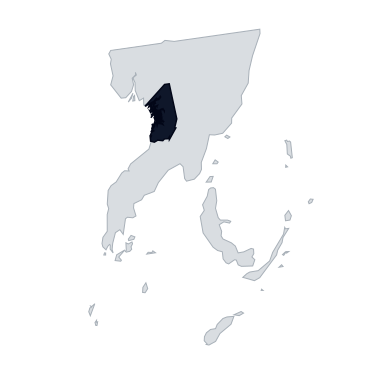 Kikori District, Gulf, Papua New Guinea (highlighted), rotated 82°
{"feature_id": "67681753B67388913989028", "entity_name": "Kikori District", "entity_type": "district", "adm_level": 2, "iso_a3": "PNG", "parent_name": "Papua New Guinea", "parent_adm1": "Gulf", "projection": "robinson", "projection_center": [144.53, -7.347], "detail": "fine", "context": "in_parent", "style": "filled", "palette": "ink", "viewbox_px": 384, "rotation_deg": 82, "n_neighbors": 0, "source": "geoboundaries", "source_scale": "gbopen_adm2", "svg_char_len": 9714}
<svg xmlns="http://www.w3.org/2000/svg" viewBox="0 0 384 384"><g transform="rotate(82 192 192)"><path d="M40.5,252.8L40.4,201.6L38.1,197.7L40.4,188.6L40.2,102.2L44.6,102.6L65.5,113.1L79.7,118.6L92.0,121.2L103.4,129.8L111.8,130.3L124.3,142.4L129.3,143.2L138.1,153.4L138.7,161.6L137.7,166.8L151.1,171.7L164.0,178.7L171.0,179.5L174.8,181.9L179.6,187.9L180.5,195.9L177.7,197.4L165.7,197.3L162.3,199.9L167.1,212.5L178.0,224.0L186.2,229.3L188.6,239.7L192.7,243.0L195.4,251.2L199.7,252.1L207.9,250.8L209.3,254.2L208.0,259.5L209.2,261.6L224.4,266.0L219.3,268.7L221.6,273.5L231.6,277.6L237.7,279.1L241.4,278.6L237.1,281.0L233.2,280.3L232.5,281.0L234.1,283.0L237.3,285.2L233.9,287.9L230.6,288.3L224.5,286.5L219.1,281.4L202.5,279.1L196.8,276.8L192.2,277.6L178.8,274.8L174.4,271.2L171.5,265.7L163.5,259.0L161.6,255.8L162.4,251.4L160.2,252.1L155.7,248.9L143.5,228.7L137.3,225.8L121.9,222.3L119.7,218.4L112.5,216.9L110.9,219.5L105.0,221.3L100.0,219.4L95.0,214.4L100.9,225.6L98.8,225.6L99.8,227.3L98.7,227.6L92.3,226.9L94.2,231.5L83.6,234.1L75.8,233.2L72.0,234.3L70.5,234.2L68.4,230.8L65.6,231.4L68.0,231.5L71.0,235.4L77.6,234.9L84.0,237.9L89.4,244.5L89.2,249.1L74.6,257.6L66.0,254.0L53.7,254.9L49.3,253.5L43.7,255.2L40.5,252.8ZM261.7,139.4L264.7,141.7L267.8,139.2L273.7,142.2L272.5,153.4L270.6,156.4L265.6,157.6L265.0,159.2L268.3,165.7L266.9,168.1L262.6,170.5L255.4,170.3L253.5,174.8L249.6,178.8L234.1,186.7L217.4,187.3L211.9,182.4L206.1,183.3L198.3,177.5L191.9,175.2L190.6,173.0L190.7,170.1L192.5,168.4L204.1,168.7L211.4,171.0L221.1,169.6L223.8,167.8L224.8,160.7L226.4,157.7L228.0,159.1L226.0,164.6L228.2,169.6L235.1,168.1L239.5,169.3L242.9,167.8L247.8,160.1L251.6,156.6L258.7,154.8L258.5,149.1L256.1,141.3L257.1,139.0L261.7,139.4ZM345.9,196.5L345.0,199.1L344.6,198.2L341.0,200.6L337.0,199.8L333.4,197.3L330.7,192.8L330.6,187.7L326.7,185.5L321.6,179.0L320.6,174.8L321.0,167.8L328.4,171.8L336.0,184.0L343.2,189.4L345.9,196.5ZM288.5,142.5L283.6,153.6L280.5,149.0L279.3,145.9L279.1,137.4L271.1,124.7L263.0,120.5L246.4,107.2L239.9,105.1L241.5,104.5L241.5,101.3L249.7,108.2L254.7,109.9L261.5,115.2L266.1,117.0L286.2,136.8L288.5,142.5ZM156.3,87.4L172.0,87.9L172.3,89.4L170.2,89.6L167.6,92.3L158.2,91.5L154.1,92.9L153.8,91.0L155.3,90.4L155.1,88.4L156.3,87.4ZM235.0,258.1L237.8,260.0L240.3,259.7L242.1,261.9L242.4,265.5L241.4,266.3L240.7,265.2L233.1,264.5L234.6,262.4L233.1,258.4L235.0,258.1ZM233.5,103.4L228.0,103.3L223.8,99.0L229.3,96.9L233.4,98.9L233.5,103.4ZM246.2,273.6L249.7,271.4L250.6,272.2L249.2,277.7L243.7,275.3L240.0,266.5L246.2,273.6ZM275.5,250.3L281.5,249.3L284.4,251.7L285.2,252.5L284.6,254.9L279.6,253.9L275.5,250.3ZM289.1,303.8L300.4,309.9L296.2,310.9L292.6,309.3L292.2,307.8L290.8,308.3L291.5,307.2L289.1,303.8ZM184.2,176.6L179.2,172.0L179.5,168.9L184.8,171.6L184.2,176.6ZM231.3,261.5L229.8,261.6L226.5,258.4L228.5,254.8L230.8,256.2L231.3,261.5ZM319.4,167.5L317.2,160.0L319.1,157.8L321.0,162.5L319.4,167.5ZM166.9,167.5L163.4,164.6L166.0,161.9L167.5,163.3L166.9,167.5ZM219.9,77.7L217.9,78.2L215.4,75.8L216.1,73.1L219.0,74.9L219.9,77.7ZM144.0,149.1L141.9,151.8L140.5,149.8L142.8,146.8L144.0,149.1ZM247.1,236.6L247.2,245.5L245.6,243.8L246.3,240.1L244.8,239.0L247.1,236.6ZM90.7,238.9L94.1,242.6L85.9,236.7L90.7,238.9ZM93.7,238.0L89.2,236.5L88.3,235.4L93.6,235.9L93.7,238.0ZM311.0,304.7L310.7,305.9L307.7,306.2L305.8,304.4L307.7,304.8L307.4,303.5L311.0,304.7ZM278.5,112.2L278.6,116.3L276.5,113.4L278.5,112.2ZM267.5,110.0L266.6,111.1L264.5,108.2L264.9,107.6L267.5,110.0ZM242.4,286.3L242.1,288.1L240.1,287.1L240.4,286.0L242.4,286.3ZM265.7,106.8L264.1,107.3L264.4,104.4L265.7,106.8ZM180.4,93.8L180.6,95.8L178.4,95.4L180.4,93.8ZM299.4,135.3L299.1,137.2L297.9,136.6L299.4,135.3Z" fill="#d9dde1" stroke="#a8b0b8" stroke-width="1"/><path d="M117.5,196.9L81.7,199.5L81.7,204.2L100.6,226.6L96.8,217.4L96.7,216.8L96.8,216.3L95.9,216.1L94.5,214.5L94.6,213.7L95.7,213.5L95.7,212.2L94.7,212.2L93.7,210.0L92.2,210.6L92.8,210.0L93.6,209.9L94.4,210.4L95.8,212.2L95.9,213.8L94.6,214.2L97.3,215.9L98.6,218.9L103.7,221.6L102.5,219.9L102.5,219.2L102.1,218.9L102.2,218.3L101.9,218.3L101.7,218.2L101.8,217.7L101.3,218.1L99.9,217.8L99.4,217.3L99.5,217.0L99.3,216.9L99.1,216.7L99.1,216.3L98.9,216.4L98.7,216.2L98.6,215.8L98.7,215.7L98.7,215.4L99.9,217.8L101.8,217.6L105.1,222.1L104.5,217.6L102.8,217.2L102.6,216.5L102.1,216.4L101.8,215.6L102.0,215.1L102.3,214.8L102.0,214.8L101.6,214.6L101.5,214.2L102.4,214.8L102.9,217.1L103.7,216.6L104.2,216.6L105.2,218.2L105.4,216.5L106.4,218.4L106.5,213.9L107.3,214.1L105.7,211.1L105.3,208.4L105.9,209.9L106.1,209.6L106.4,209.6L106.4,209.1L106.8,208.6L107.5,208.1L108.0,208.2L106.9,208.6L106.4,209.7L106.0,209.8L106.4,211.8L111.5,211.3L113.1,213.9L112.7,212.7L112.7,212.1L113.4,212.5L113.4,213.3L113.7,211.8L114.6,213.2L114.9,211.7L115.3,211.9L115.3,212.0L114.7,213.2L115.1,213.0L115.3,213.1L115.5,213.6L115.3,214.1L115.6,214.0L116.1,214.1L115.7,213.5L115.8,213.0L116.3,214.0L116.1,214.6L117.3,213.1L117.1,212.5L117.4,211.8L117.2,211.6L117.2,211.8L117.0,212.0L116.9,212.0L116.6,210.9L117.0,212.0L117.2,211.4L117.8,210.7L118.1,211.0L118.5,210.1L119.0,209.8L118.3,211.0L117.3,211.4L118.2,212.5L117.5,215.5L116.7,216.1L117.6,216.9L117.4,216.3L117.8,215.1L119.5,214.9L119.3,214.0L119.4,213.8L119.9,213.7L119.8,212.5L119.9,212.4L120.3,212.3L120.3,212.1L120.0,212.0L120.0,211.8L120.2,211.7L120.8,211.7L120.8,211.4L121.2,211.3L120.8,211.8L120.0,211.9L120.3,212.0L120.4,212.3L119.6,214.9L118.6,216.0L121.4,217.3L119.4,217.5L119.6,220.6L120.3,219.3L120.0,220.6L120.3,220.1L121.2,219.9L122.2,222.6L122.3,220.5L125.8,223.5L125.7,221.8L125.9,221.6L126.4,221.5L127.1,223.7L130.7,225.6L131.3,225.2L130.8,225.1L130.6,224.7L130.7,224.4L131.2,223.8L130.7,224.7L131.4,225.0L131.0,225.7L135.9,225.9L137.4,222.3L135.9,218.7L137.1,213.8L135.6,211.9L135.9,208.1L134.4,206.9L136.9,207.1L126.3,199.1L125.9,200.2L117.5,196.9ZM118.4,215.3L117.3,219.1L118.4,219.6L119.2,217.6L118.3,216.5L118.4,215.3ZM111.6,211.6L110.4,213.0L111.5,213.2L111.5,213.4L111.3,214.3L112.0,214.3L111.9,215.2L112.3,214.7L112.7,214.5L112.8,215.5L113.3,214.6L111.6,211.6ZM108.8,211.9L107.2,212.3L107.8,212.3L108.9,213.7L110.6,212.5L108.8,211.9ZM108.6,214.5L108.1,214.4L108.4,214.7L108.6,215.6L108.5,216.9L109.2,217.4L109.2,218.5L109.8,217.6L108.7,216.8L108.7,216.7L109.0,216.7L108.9,216.5L109.0,216.3L108.9,216.1L110.1,217.1L108.6,214.5ZM106.2,219.4L104.9,219.3L106.7,220.9L107.2,219.6L106.2,219.4ZM115.6,218.5L114.6,216.2L114.5,217.2L113.8,218.6L115.6,218.5ZM110.4,219.6L110.2,217.8L109.5,218.1L109.9,218.9L109.4,220.3L110.1,221.2L110.8,220.8L110.3,220.4L110.4,219.6ZM101.9,223.1L101.0,221.3L99.1,220.3L100.1,222.1L101.9,223.1ZM111.6,216.7L111.1,217.2L113.2,219.6L111.9,217.5L112.1,216.6L111.6,216.7ZM112.5,215.4L111.0,215.6L112.2,215.7L112.4,218.1L112.5,215.4ZM111.6,221.1L110.5,220.3L112.7,222.4L111.6,221.1ZM107.1,221.2L106.0,222.4L107.5,221.9L107.1,221.2ZM116.2,217.2L117.6,217.3L116.4,216.1L116.2,217.2ZM108.2,217.1L107.8,217.2L108.4,217.7L109.3,219.6L108.2,217.1ZM107.8,217.0L107.5,215.2L107.3,214.8L107.8,217.0ZM108.0,213.6L107.2,212.6L107.5,214.0L108.7,214.0L109.0,214.4L108.6,213.5L108.0,213.6ZM120.9,220.1L119.8,221.1L121.6,222.2L120.8,221.4L120.9,220.1ZM114.3,216.9L113.0,216.2L113.8,218.2L114.3,216.9ZM115.7,215.9L114.9,214.4L114.6,214.4L114.5,214.6L114.7,214.9L114.5,216.1L115.7,215.9ZM110.1,214.9L109.3,214.7L110.7,216.4L110.1,214.9ZM113.9,214.3L113.4,214.2L113.6,214.8L113.1,216.0L113.9,214.3ZM106.2,219.0L107.4,219.0L107.1,218.9L106.9,217.9L107.0,217.5L106.2,219.0ZM108.1,220.3L108.3,218.7L108.0,218.8L108.1,220.3ZM107.5,215.0L108.3,214.7L107.5,214.2L107.5,215.0ZM115.3,213.2L115.1,213.0L114.9,213.3L114.6,213.3L114.3,213.1L114.2,213.4L114.3,213.5L114.2,213.7L115.3,213.2ZM110.8,218.5L111.4,219.0L110.3,217.7L110.8,218.5ZM110.8,214.6L110.2,214.8L110.8,215.9L111.3,215.2L110.9,214.9L111.0,214.5L110.8,214.6ZM110.9,213.5L110.4,213.2L110.6,213.7L110.5,214.2L110.3,214.2L110.8,214.6L110.9,213.5ZM114.4,215.5L114.6,214.9L114.4,214.7L114.6,214.2L114.1,213.8L114.4,215.5ZM119.9,221.2L119.0,220.9L120.0,221.9L120.3,221.5L119.9,221.2ZM107.8,218.3L107.1,218.8L107.6,218.8L107.8,218.3ZM117.1,214.3L116.3,214.6L116.6,216.1L116.7,215.1L117.1,214.8L116.9,214.8L116.9,214.7L117.0,214.3L117.1,214.3ZM116.0,214.7L115.0,214.4L115.7,215.1L116.0,214.7ZM98.9,222.4L99.7,223.0L99.0,221.8L98.9,222.4ZM107.1,217.3L107.7,216.7L107.0,216.1L107.4,217.0L107.1,217.3ZM110.5,216.6L110.2,217.6L110.8,217.6L110.5,216.6ZM111.8,215.4L111.1,214.3L110.9,214.9L111.8,215.4ZM114.4,216.1L114.0,215.4L113.5,216.3L114.4,216.1ZM109.7,213.8L109.0,213.6L109.1,214.4L109.6,214.3L109.7,213.8ZM116.3,215.2L116.1,214.9L115.9,215.2L115.5,215.3L116.3,215.2ZM126.2,223.5L126.8,223.5L126.3,222.4L126.2,223.5ZM115.6,216.6L116.2,216.3L115.6,216.0L115.6,216.6ZM107.6,217.5L108.2,217.8L107.7,217.3L107.6,217.5ZM109.4,221.3L110.6,221.6L109.8,221.1L109.4,220.4L109.4,221.3ZM96.9,217.0L97.3,217.0L97.0,216.4L96.9,217.0ZM110.2,214.2L109.7,214.2L110.2,214.7L110.5,214.5L110.2,214.2ZM117.3,215.6L117.3,214.1L116.9,214.7L117.2,214.8L116.9,215.3L117.3,215.6ZM113.2,214.1L113.9,213.8L113.2,213.3L113.2,214.1ZM110.0,213.5L110.6,213.7L110.2,213.0L110.0,213.5ZM115.2,218.7L115.9,218.7L115.7,217.7L115.6,218.4L115.2,218.7ZM114.1,213.8L114.3,213.6L114.1,213.4L114.2,212.8L114.1,213.8ZM114.0,216.4L114.6,216.4L114.4,216.2L114.0,216.4ZM106.9,216.9L107.2,216.8L106.6,216.3L106.9,216.9ZM122.8,222.9L122.9,222.4L122.8,222.9ZM113.1,213.3L113.4,212.7L113.0,212.9L113.1,213.3ZM113.5,213.4L113.8,213.2L113.6,213.1L113.5,213.4ZM108.6,214.4L108.8,214.3L108.6,214.1L108.6,214.4ZM115.1,212.3L114.9,212.0L115.1,212.3L115.1,212.3ZM107.1,213.3L107.3,213.2L107.2,213.0L107.1,213.3ZM104.0,217.0L104.2,216.7L104.0,217.0ZM123.2,222.9L123.5,222.9L123.2,222.7L123.2,222.9Z" fill="#0f172a" stroke="#020617" stroke-width="1.5"/></g></svg>